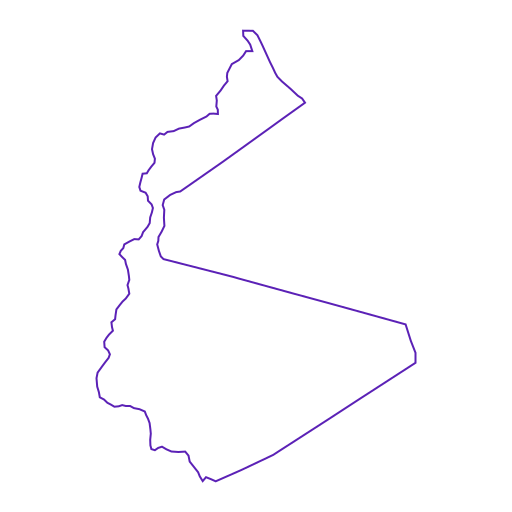 the district of Bom Lugar, Maranhão, Brazil
{"feature_id": "56859067B20670689948279", "entity_name": "Bom Lugar", "entity_type": "district", "adm_level": 2, "iso_a3": "BRA", "parent_name": "Brazil", "parent_adm1": "Maranhão", "projection": "albers", "projection_center": [-45.064, -4.297], "detail": "fine", "context": "isolated", "style": "outline", "palette": "violet", "viewbox_px": 512, "rotation_deg": 0, "n_neighbors": 0, "source": "geoboundaries", "source_scale": "gbopen_adm2", "svg_char_len": 2182}
<svg xmlns="http://www.w3.org/2000/svg" viewBox="0 0 512 512"><path d="M252.9,30.8L243.1,30.7L243.3,35.9L247.7,40.8L250.2,44.6L252.3,51.1L246.1,51.1L243.2,55.6L238.8,60.1L231.8,64.1L227.3,72.9L226.9,76.8L227.6,81.2L224.0,85.5L220.6,90.5L216.1,95.9L216.8,100.5L216.3,106.5L217.8,109.7L217.9,114.0L213.4,113.6L209.6,113.8L206.5,116.5L199.9,119.8L194.1,123.0L189.2,126.5L184.9,127.5L179.0,128.6L173.7,131.1L167.5,131.9L164.1,134.6L159.9,133.4L155.6,137.5L153.1,143.0L152.0,149.2L153.1,154.2L154.9,158.7L154.5,162.8L151.4,166.5L148.7,170.1L146.8,173.3L142.6,173.7L141.6,177.8L140.3,182.6L139.3,187.0L140.5,190.7L145.6,192.7L147.7,196.3L148.0,200.7L151.6,204.4L152.9,208.0L151.9,212.4L150.2,217.4L149.7,223.1L147.5,226.9L143.1,232.1L141.6,236.1L138.7,239.4L134.3,239.1L129.5,241.5L124.3,244.4L123.3,248.1L120.8,250.8L119.4,254.1L122.0,256.9L125.1,259.9L125.9,263.9L127.9,269.6L128.9,276.0L129.3,279.9L127.5,285.1L128.4,288.5L129.3,293.7L125.8,298.5L122.6,301.5L119.7,305.1L116.4,309.4L115.5,315.5L115.1,319.2L111.4,322.3L112.0,327.1L112.9,330.7L109.0,334.6L106.6,337.7L104.2,341.7L104.6,347.2L108.1,350.4L109.9,354.3L108.6,357.9L105.3,362.1L102.4,366.0L97.6,372.6L96.5,378.2L97.2,386.6L98.9,392.2L99.8,397.3L104.0,399.5L107.4,402.8L110.7,404.5L114.4,406.7L118.7,406.3L122.2,405.1L125.8,406.0L130.1,406.0L133.9,408.1L139.5,409.2L144.8,411.5L146.2,415.2L148.0,418.7L149.6,423.1L150.4,429.4L150.8,433.7L150.2,439.8L150.4,445.4L151.4,449.1L154.9,450.2L158.2,447.9L162.0,446.7L166.4,449.3L171.4,451.5L178.4,452.0L185.2,451.6L188.5,455.6L189.7,461.6L198.1,472.2L199.8,476.4L202.7,481.1L206.0,477.2L210.8,479.1L215.7,481.3L240.9,470.2L273.2,454.9L277.8,451.9L327.9,419.6L360.6,398.3L415.5,362.8L415.5,352.8L410.8,340.8L405.6,324.4L328.2,303.0L292.1,293.2L238.6,278.5L233.5,277.0L163.5,259.1L160.8,256.4L158.9,250.9L157.2,244.4L158.3,240.9L158.5,237.0L161.6,231.7L164.4,225.9L163.9,217.7L164.3,209.8L162.7,205.1L164.2,199.5L170.2,194.9L176.2,192.1L180.2,191.5L222.5,162.0L268.4,129.0L282.2,119.0L305.0,102.7L302.1,98.5L297.8,95.7L290.7,89.0L281.9,81.4L277.4,76.8L275.2,72.9L272.9,67.9L270.0,62.1L262.6,45.8L260.5,41.4L257.4,35.2L252.9,30.8Z" fill="none" stroke="#5b21b6" stroke-width="2"/></svg>